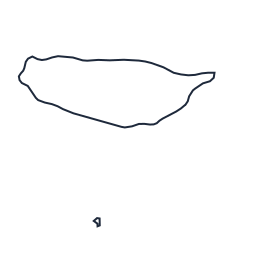 Taiwan, Robinson projection, rotated 258°
{"feature_id": "TWN", "entity_name": "Taiwan", "entity_type": "country or territory", "adm_level": 0, "iso_a3": "TWN", "parent_name": "Asia", "parent_adm1": "", "projection": "robinson", "projection_center": [120.725, 23.601], "detail": "fine", "context": "isolated", "style": "outline", "palette": "slate", "viewbox_px": 256, "rotation_deg": 258, "n_neighbors": 0, "source": "natural_earth", "source_scale": "50m", "svg_char_len": 945}
<svg xmlns="http://www.w3.org/2000/svg" viewBox="0 0 256 256"><g transform="rotate(258 128 128)"><path d="M172.5,184.2L169.4,190.9L167.0,198.0L166.0,204.7L166.1,211.7L165.4,217.9L164.1,224.1L159.3,222.3L156.7,217.9L156.1,210.6L152.6,201.9L151.3,199.3L146.3,194.4L141.7,192.0L138.2,188.4L138.7,188.7L136.1,183.8L134.1,178.6L130.0,163.9L128.6,160.3L126.7,157.1L126.2,153.9L126.8,150.3L128.6,145.0L129.7,139.6L128.8,132.3L129.2,125.0L130.5,121.8L153.7,77.7L160.0,68.3L163.9,63.7L167.2,58.5L170.2,51.9L174.0,45.9L176.7,44.1L190.0,38.7L194.1,33.5L197.4,31.9L201.2,32.0L203.7,34.5L205.8,37.4L208.1,39.0L214.0,41.8L216.6,44.6L217.8,49.3L214.2,53.8L212.4,57.9L212.1,62.3L212.8,68.4L212.8,74.5L208.4,88.8L203.6,97.7L202.3,102.1L200.8,113.1L198.0,124.1L195.6,138.1L191.7,152.6L189.5,158.6L186.7,164.4L180.0,175.3L172.5,184.2ZM44.2,75.2L46.3,79.0L45.4,81.4L38.6,80.1L38.2,77.8L40.8,78.2L44.2,75.2Z" fill="none" stroke="#1e293b" stroke-width="2"/></g></svg>